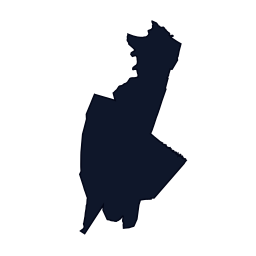 outline of Soyaló, Chiapas, Mexico, rotated 254°
{"feature_id": "50627088B85060980451015", "entity_name": "Soyaló", "entity_type": "district", "adm_level": 2, "iso_a3": "MEX", "parent_name": "Mexico", "parent_adm1": "Chiapas", "projection": "natural_earth1", "projection_center": [-92.974, 16.925], "detail": "fine", "context": "isolated", "style": "filled", "palette": "ink", "viewbox_px": 256, "rotation_deg": 254, "n_neighbors": 0, "source": "geoboundaries", "source_scale": "gbopen_adm2", "svg_char_len": 5434}
<svg xmlns="http://www.w3.org/2000/svg" viewBox="0 0 256 256"><g transform="rotate(254 128 128)"><path d="M179.7,194.3L180.3,194.3L180.8,194.5L181.4,194.5L181.9,194.5L182.4,194.9L182.7,195.4L183.2,195.8L183.7,196.0L184.2,196.3L184.7,196.6L187.4,197.9L187.6,198.0L188.0,198.3L188.5,198.5L188.8,198.7L189.2,198.9L189.6,199.2L189.9,199.4L190.4,199.6L190.7,199.8L191.0,200.0L191.4,200.3L191.8,200.5L192.0,200.6L192.4,200.9L192.7,201.0L192.9,201.1L193.1,201.3L193.3,201.4L193.5,201.5L194.0,201.8L194.3,202.0L195.7,200.6L197.7,198.7L199.0,197.6L203.1,194.1L203.5,194.7L203.8,195.4L203.9,195.6L203.9,196.1L204.0,196.6L204.4,196.6L204.8,196.1L204.9,195.0L204.8,194.5L204.9,194.0L205.1,193.6L205.8,193.2L206.2,193.4L206.8,193.9L207.8,193.6L208.1,193.6L208.7,193.0L209.0,192.7L209.8,192.3L210.9,191.5L211.6,191.5L212.1,191.0L212.9,190.6L213.8,190.5L215.1,189.7L215.3,188.4L215.4,187.5L215.6,187.0L216.1,186.6L216.6,186.5L217.0,186.3L217.4,185.7L218.0,185.1L219.0,185.0L221.0,184.2L224.0,180.7L223.4,180.4L222.3,180.6L221.4,180.6L220.2,180.6L219.5,179.8L218.4,179.7L217.1,179.1L216.2,177.4L216.0,174.4L215.4,174.2L214.5,174.2L213.4,174.3L212.4,173.9L211.4,172.9L210.7,171.4L210.5,170.1L210.8,168.7L210.9,167.0L211.9,164.0L212.8,161.9L215.0,158.1L218.2,153.8L217.2,153.6L216.9,153.3L216.5,153.0L215.9,152.6L214.9,152.4L213.9,152.2L213.7,152.1L213.3,151.8L212.9,151.6L212.5,151.6L212.1,151.5L211.0,151.9L209.6,152.3L208.7,152.0L208.4,152.0L207.4,152.6L206.6,153.2L205.7,153.7L204.5,154.5L203.2,155.3L201.2,156.2L201.0,156.3L200.5,155.7L199.9,153.9L199.4,152.0L198.0,151.1L195.7,152.0L195.7,153.3L195.7,154.1L195.7,155.0L195.6,155.3L195.3,155.6L194.9,155.9L194.4,156.2L193.5,156.2L192.4,156.1L191.3,155.8L189.5,155.6L188.5,155.2L187.9,155.0L187.4,154.7L187.0,154.5L186.5,154.0L186.2,153.6L186.0,153.3L185.9,152.9L185.7,152.4L185.7,152.1L185.6,151.9L185.4,151.5L185.2,151.2L185.1,150.8L185.0,150.4L184.9,150.1L184.8,149.9L184.7,149.8L184.5,149.5L184.3,149.3L183.9,149.1L183.6,149.0L183.4,148.9L183.2,148.8L182.8,148.9L182.7,149.1L182.7,149.6L182.7,150.2L182.6,150.7L182.4,151.6L182.3,152.0L182.2,152.3L181.9,152.5L181.6,152.6L181.1,152.6L180.7,152.6L179.5,152.5L178.7,152.4L178.1,152.4L177.4,152.4L176.6,152.5L176.2,152.4L175.8,152.4L175.6,152.3L175.4,152.1L175.0,151.9L174.4,151.6L174.1,151.1L174.2,150.2L174.2,148.7L174.6,147.1L175.0,145.7L175.1,144.1L174.9,143.4L174.0,142.4L173.1,141.3L172.4,140.6L171.6,139.0L171.4,138.0L171.4,136.6L170.7,135.0L170.4,134.0L170.4,132.9L170.6,131.8L170.3,130.7L169.8,130.2L169.0,129.2L167.9,128.0L167.2,126.5L166.7,125.5L166.0,124.4L165.7,123.5L158.0,123.3L169.4,105.2L169.5,105.1L167.6,103.6L164.7,101.3L161.1,98.5L158.0,96.0L156.7,95.0L154.6,93.3L152.7,91.8L149.8,91.1L148.0,90.7L144.1,88.4L138.8,85.3L134.5,82.7L126.1,79.5L122.4,78.1L118.5,76.6L117.7,76.3L114.9,75.4L110.2,74.0L106.5,72.9L103.3,72.0L99.3,71.1L96.8,68.9L87.4,69.2L84.1,69.3L80.7,69.3L78.2,69.5L73.5,69.7L71.9,69.9L70.7,69.2L65.9,67.5L65.0,66.7L61.8,65.5L58.1,63.7L55.0,62.5L48.9,59.5L48.5,59.2L48.1,58.9L47.3,58.9L46.7,58.9L46.0,58.9L45.3,58.8L44.6,58.5L44.1,58.2L43.3,57.2L42.1,54.0L40.1,55.7L38.8,56.9L38.6,57.0L38.4,57.2L60.8,83.0L55.9,81.4L45.8,82.9L45.6,83.2L45.3,84.0L44.9,84.8L44.5,85.4L43.9,86.0L43.6,86.6L43.1,87.8L42.8,88.7L42.3,89.3L41.9,90.2L41.6,91.2L42.0,92.1L41.9,92.4L42.0,93.3L42.4,94.3L42.9,95.8L43.6,96.7L44.6,98.0L44.7,98.8L44.5,99.0L43.8,98.9L43.3,98.7L42.9,98.5L42.0,98.1L40.9,97.6L40.1,97.3L39.5,97.3L39.1,97.6L38.8,97.5L37.7,97.4L37.3,97.6L37.0,97.4L36.5,96.9L35.9,96.7L35.6,96.7L35.3,96.8L35.0,96.5L34.6,96.5L34.4,96.5L33.5,96.2L33.0,96.1L32.9,96.6L32.6,98.5L32.0,101.5L32.1,103.5L32.1,106.4L32.8,107.1L35.7,109.5L38.0,111.4L51.2,117.2L55.5,120.0L54.8,125.1L53.4,130.6L54.4,131.0L53.6,133.8L78.6,172.2L78.9,172.4L79.2,172.8L79.6,173.1L79.8,173.6L80.2,174.0L80.3,174.3L80.5,174.4L80.9,175.1L81.7,174.6L82.2,174.3L82.5,174.5L82.9,173.6L83.1,173.2L83.5,173.1L83.7,172.4L84.0,172.5L84.2,172.1L84.4,172.3L84.5,172.4L84.8,172.1L84.9,172.5L85.1,172.5L85.0,172.4L85.3,172.4L85.3,172.0L85.5,171.9L85.8,171.6L86.0,171.8L86.5,171.0L86.8,170.1L87.9,171.0L87.7,171.2L88.0,171.2L88.2,170.8L87.8,170.5L87.8,170.1L87.9,169.4L87.7,169.0L88.0,169.2L88.2,168.8L89.6,169.0L89.2,168.4L89.1,167.8L89.5,167.6L90.1,167.0L90.8,167.9L91.2,167.6L91.4,167.5L91.6,167.0L91.7,166.9L91.5,166.5L91.7,166.2L91.9,166.2L92.3,165.7L92.8,164.8L93.3,165.6L93.7,165.4L93.7,164.8L93.6,164.4L93.8,164.1L94.6,164.1L94.8,163.6L95.3,163.4L95.9,163.0L96.0,163.0L96.2,162.9L96.3,163.2L96.6,162.8L96.9,162.7L96.9,162.9L97.2,163.0L97.5,163.0L97.7,161.2L98.1,161.3L98.4,160.8L99.8,159.5L100.7,159.8L101.0,159.9L101.5,159.1L101.9,158.9L102.1,158.1L102.2,157.7L102.5,157.4L103.9,156.5L104.1,156.9L104.9,156.2L105.1,155.7L106.5,154.6L107.3,154.1L107.9,153.7L108.1,153.5L108.6,153.2L108.9,153.0L109.6,152.5L110.9,151.6L112.3,150.6L113.6,149.8L114.2,149.4L114.6,149.1L115.5,148.6L116.4,148.0L118.0,149.3L118.3,149.5L118.6,149.8L118.8,150.0L119.6,150.6L120.3,151.1L120.5,151.2L121.0,151.6L121.4,151.8L122.0,152.3L124.9,154.3L127.0,155.7L127.7,156.2L128.8,156.9L129.0,157.1L129.4,157.3L131.1,158.5L132.4,159.5L132.6,159.7L133.8,160.5L134.6,161.1L135.1,161.4L135.3,161.6L136.3,162.2L137.6,163.2L137.9,163.3L138.1,163.5L138.8,164.0L139.0,164.1L141.7,165.9L143.9,167.4L144.0,167.4L154.9,175.1L156.0,174.8L163.2,179.1L164.8,180.1L165.4,179.3L167.4,181.4L168.3,181.7L173.0,184.7L172.4,186.6L175.7,190.1L179.7,194.3Z" fill="#0f172a" stroke="#020617" stroke-width="1.5"/></g></svg>